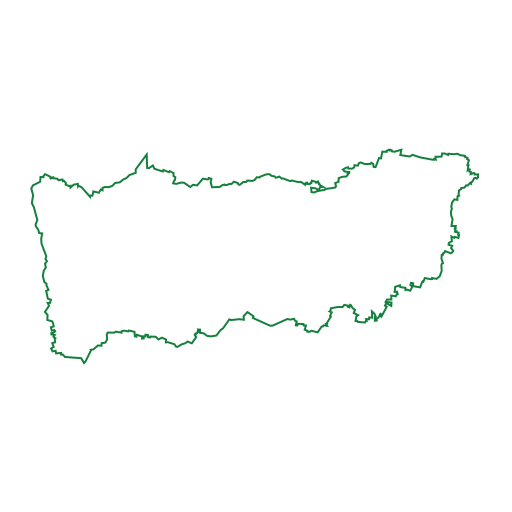 the district of U Thong, Suphan Buri, Thailand, rotated 89°
{"feature_id": "78962969B35479109951050", "entity_name": "U Thong", "entity_type": "district", "adm_level": 2, "iso_a3": "THA", "parent_name": "Thailand", "parent_adm1": "Suphan Buri", "projection": "orthographic", "projection_center": [99.878, 14.426], "detail": "fine", "context": "isolated", "style": "outline", "palette": "green", "viewbox_px": 512, "rotation_deg": 89, "n_neighbors": 0, "source": "geoboundaries", "source_scale": "gbopen_adm2", "svg_char_len": 6062}
<svg xmlns="http://www.w3.org/2000/svg" viewBox="0 0 512 512"><g transform="rotate(89 256 256)"><path d="M181.3,32.7L178.3,32.5L178.3,36.0L177.1,36.1L176.8,37.0L177.9,40.0L175.8,39.7L175.2,41.3L173.2,40.8L172.8,42.0L173.6,42.8L168.9,42.0L168.9,43.0L167.9,42.8L164.0,41.4L162.8,43.2L161.6,42.8L160.5,45.5L159.5,45.4L158.7,50.4L157.3,52.6L157.7,56.5L157.1,61.9L158.3,62.2L156.9,65.2L156.7,68.1L159.9,68.8L159.9,74.8L162.8,74.6L162.1,76.3L162.9,76.5L162.7,78.2L160.3,90.0L157.6,97.7L159.2,100.7L157.6,109.9L152.3,108.8L154.2,115.8L153.7,118.3L152.7,118.5L152.8,120.1L152.1,120.0L152.0,121.0L153.0,123.4L154.1,123.5L153.9,127.9L160.6,129.3L160.2,131.3L169.2,134.9L169.0,136.8L165.9,137.3L164.8,139.1L165.9,139.8L166.0,145.4L164.3,149.9L165.0,151.5L167.4,152.6L167.0,156.0L169.2,156.3L170.4,158.7L170.1,162.2L168.9,162.5L169.2,164.2L171.1,167.6L173.0,166.0L173.7,161.3L174.8,161.4L175.4,163.0L176.3,162.7L178.1,164.3L178.3,168.2L179.6,172.0L183.3,172.2L184.4,175.5L187.8,174.8L189.0,175.8L190.3,185.7L191.1,186.2L192.1,193.2L193.5,197.0L193.1,199.4L188.7,199.7L189.4,195.3L191.1,192.1L188.1,190.6L188.1,187.8L186.5,190.5L184.7,191.5L185.0,192.0L182.6,192.8L183.7,194.5L183.0,194.7L181.7,198.9L184.0,199.4L183.8,200.1L185.2,201.1L184.7,203.5L183.6,203.5L183.6,204.4L184.8,204.4L184.6,205.9L185.5,205.9L182.6,209.9L182.9,212.4L181.1,218.9L181.7,220.0L181.3,221.7L178.9,227.6L179.1,228.9L177.0,231.2L178.1,234.7L176.5,236.5L176.4,238.6L174.4,241.2L174.6,244.5L176.8,250.5L177.5,250.9L177.3,253.9L180.0,256.1L180.9,258.5L180.4,263.3L181.7,264.3L181.8,267.3L184.6,271.1L184.0,272.5L182.7,272.9L181.3,276.8L183.5,279.2L183.5,281.5L184.5,283.7L184.6,285.8L184.0,286.3L184.5,288.3L186.3,291.0L186.5,298.8L181.5,300.0L178.0,299.3L177.2,301.9L178.4,302.2L178.6,303.2L177.7,307.7L184.4,313.6L183.7,317.8L185.9,320.5L181.6,326.5L181.2,329.3L182.5,334.4L181.9,337.6L179.4,336.7L178.6,335.7L175.8,335.3L174.6,337.1L171.7,337.0L169.6,340.8L170.7,341.6L168.3,347.1L169.9,347.7L167.0,356.1L163.7,357.5L166.4,361.7L166.1,363.3L152.6,363.5L167.3,374.8L170.7,374.8L172.8,381.0L176.0,384.4L177.3,387.6L180.0,390.9L180.5,395.6L183.3,398.3L184.6,402.0L184.4,405.9L185.1,408.2L187.6,408.3L186.8,410.0L190.0,412.0L188.6,417.5L192.8,418.5L192.7,420.8L193.9,420.9L184.2,429.2L182.6,432.3L183.2,432.7L180.8,432.9L181.5,437.0L184.3,440.2L182.6,440.3L183.0,441.3L181.3,445.1L179.7,444.8L177.5,446.7L177.8,447.8L176.1,448.2L176.8,452.1L175.2,453.5L174.6,458.1L173.8,457.7L173.9,459.0L174.6,459.1L174.9,460.0L172.9,460.7L170.5,465.5L172.5,467.2L173.5,467.2L173.2,470.1L178.0,470.5L181.5,477.8L184.6,479.5L191.3,477.8L199.2,479.2L203.2,477.3L216.2,474.0L220.5,475.8L222.5,475.6L225.8,473.3L229.3,472.4L229.7,469.4L235.2,470.5L240.0,470.2L252.6,465.7L255.3,466.6L257.5,465.1L260.1,467.1L263.6,466.3L267.1,468.5L272.3,469.5L278.3,468.1L280.0,466.0L281.8,466.0L286.2,464.1L287.2,466.4L295.0,464.9L296.1,461.8L299.3,462.8L299.3,465.1L302.2,463.8L308.2,468.0L311.3,465.4L316.3,465.8L317.8,460.9L319.7,460.1L322.9,459.5L323.7,462.3L327.0,461.5L326.5,458.9L327.9,458.1L329.3,460.1L329.6,462.0L330.8,462.0L331.5,458.6L333.3,459.9L334.6,458.1L335.0,458.7L338.8,458.4L339.5,461.2L343.4,459.9L344.9,462.5L347.8,461.1L347.3,458.0L349.9,457.6L349.5,452.6L351.2,452.6L351.1,450.9L353.6,448.8L355.1,432.6L360.0,429.8L358.3,428.2L347.6,422.7L346.9,422.9L346.5,420.2L342.7,415.6L343.0,412.1L340.4,411.8L340.1,408.5L339.0,407.5L336.8,406.3L332.2,406.6L330.0,405.7L330.1,398.8L329.2,397.6L330.3,391.8L328.9,391.7L328.3,389.2L329.2,385.1L328.3,384.4L329.7,378.8L334.2,378.6L334.6,377.0L332.7,376.6L334.5,371.2L336.6,371.4L336.4,369.7L334.3,369.8L334.5,368.0L332.8,367.9L333.0,365.5L335.2,365.5L335.5,364.6L335.5,363.1L334.7,363.1L335.0,357.8L337.7,355.0L336.0,351.4L338.0,347.4L340.8,347.6L340.6,345.8L342.8,339.1L345.2,337.6L345.5,336.2L343.0,331.8L342.0,328.2L340.3,325.9L342.2,321.7L336.0,317.2L333.9,318.6L333.4,317.7L332.5,317.9L332.3,316.4L330.6,315.7L330.8,315.1L328.5,315.3L328.6,313.3L331.9,313.2L332.4,309.6L335.0,306.3L335.6,302.5L334.8,297.0L329.5,292.8L327.6,290.1L318.9,283.8L319.6,282.0L318.9,273.7L319.5,269.3L316.0,269.5L311.9,265.5L316.3,259.5L317.9,260.2L325.9,243.2L325.9,240.6L319.6,225.8L320.2,222.7L319.4,219.0L321.2,218.3L322.1,216.5L326.0,217.4L326.2,215.9L324.5,215.6L324.9,209.7L326.2,209.7L326.4,207.3L330.5,208.6L331.6,205.9L332.6,205.9L332.7,203.6L331.7,202.0L333.4,195.7L327.7,191.6L327.7,190.5L326.5,189.6L327.1,186.1L325.1,187.2L324.9,186.0L323.6,185.9L317.9,182.2L317.2,183.0L313.7,181.3L312.7,183.4L312.1,182.5L309.6,182.1L308.5,175.7L308.5,170.3L306.4,168.6L307.3,164.8L308.4,165.0L309.0,163.5L306.4,162.8L306.5,162.3L310.0,160.1L311.6,157.9L314.7,159.3L316.9,155.0L318.1,156.7L322.8,157.6L322.9,155.7L323.7,155.2L324.4,148.2L322.8,147.3L322.9,146.5L321.0,147.0L321.2,144.1L319.4,143.9L319.7,140.9L313.4,141.1L315.8,138.6L318.6,137.4L318.8,138.2L322.8,138.3L322.6,136.4L320.7,136.6L319.7,134.6L317.8,133.6L318.9,131.7L318.0,131.3L317.1,133.2L316.0,132.6L317.1,130.7L311.6,127.6L308.8,126.2L307.9,127.9L305.4,126.6L308.3,121.6L304.9,121.4L304.1,127.1L301.8,125.7L301.9,121.4L297.9,121.5L298.7,116.9L296.6,115.9L296.6,115.0L294.1,115.6L294.3,118.0L289.3,117.4L287.8,112.6L289.6,112.3L290.4,107.2L292.6,107.2L292.2,105.9L293.4,102.5L289.3,100.1L287.8,102.1L285.5,101.5L286.0,99.4L288.9,99.5L290.2,92.4L285.7,90.7L284.2,89.7L284.6,89.1L281.0,87.6L282.2,82.0L282.1,80.3L281.1,80.3L282.0,75.9L279.4,72.6L274.1,70.6L268.4,70.8L267.1,70.4L266.4,69.2L261.9,70.6L258.1,70.3L258.0,69.1L256.6,69.0L256.0,67.5L254.4,66.9L256.7,61.1L255.2,59.2L254.2,58.7L251.5,60.8L249.2,59.7L248.1,63.3L246.2,62.9L244.7,59.9L239.9,60.3L241.3,57.5L240.3,56.9L241.5,53.3L238.4,52.6L238.2,53.5L236.2,53.0L235.5,55.7L234.8,55.4L234.9,56.6L231.9,55.9L231.9,56.7L229.5,55.8L229.4,60.0L222.6,58.8L219.0,60.1L215.3,60.4L212.1,59.3L210.4,59.9L206.1,59.1L202.8,56.7L203.4,53.7L199.9,53.5L199.3,51.8L198.3,52.4L193.9,51.9L192.8,49.8L191.7,49.7L191.2,46.3L189.0,44.7L189.3,43.2L186.9,40.9L187.6,39.7L186.1,39.8L185.5,38.4L181.9,36.4L181.6,35.2L182.5,33.9L181.3,32.7Z" fill="none" stroke="#15803d" stroke-width="2"/></g></svg>